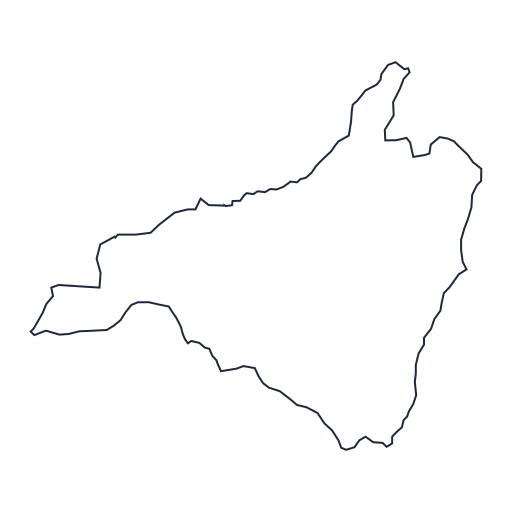 Anogyra, Limassol, Cyprus
{"feature_id": "46923920B16443175718696", "entity_name": "Anogyra", "entity_type": "district", "adm_level": 2, "iso_a3": "CYP", "parent_name": "Cyprus", "parent_adm1": "Limassol", "projection": "robinson", "projection_center": [32.732, 34.742], "detail": "fine", "context": "isolated", "style": "outline", "palette": "slate", "viewbox_px": 512, "rotation_deg": 0, "n_neighbors": 0, "source": "geoboundaries", "source_scale": "gbopen_adm2", "svg_char_len": 2175}
<svg xmlns="http://www.w3.org/2000/svg" viewBox="0 0 512 512"><path d="M30.7,331.6L34.3,335.1L45.9,330.7L59.5,334.6L68.6,334.0L79.3,331.3L90.9,330.8L106.7,330.0L113.2,326.1L120.5,320.2L125.3,312.6L131.4,304.9L137.8,302.3L148.6,302.2L159.7,304.7L168.8,306.5L172.1,311.7L176.1,317.5L180.8,326.6L182.8,334.0L185.0,339.3L187.9,343.3L191.2,341.0L199.4,342.9L204.8,347.6L209.2,348.7L212.5,356.0L216.4,360.3L217.7,364.0L221.0,371.2L222.7,370.9L236.3,368.7L243.5,366.1L254.8,368.1L258.3,375.7L263.1,383.2L269.0,387.7L279.8,391.2L290.7,399.6L296.9,404.9L306.6,407.3L317.5,413.0L324.5,423.5L332.1,430.4L338.5,440.4L341.2,447.7L346.1,449.8L349.7,448.7L354.5,447.2L359.3,440.3L365.6,436.7L373.2,442.2L382.6,442.9L386.6,446.8L392.1,443.5L392.2,436.6L396.6,432.0L401.9,427.3L403.6,420.1L404.2,419.5L407.1,416.6L408.8,411.6L413.3,403.9L416.2,395.2L414.8,382.0L415.8,373.6L415.8,364.9L418.6,353.5L424.0,344.6L424.0,337.8L431.1,328.7L434.4,319.0L440.4,310.7L441.7,302.7L443.9,293.0L449.5,287.3L458.8,274.3L466.5,269.4L465.6,267.6L462.7,261.8L461.1,250.0L461.1,239.6L464.4,228.3L467.9,219.2L471.4,207.5L472.2,194.7L477.0,185.1L481.1,181.0L481.3,168.8L473.0,162.2L467.5,154.5L458.6,146.1L454.1,141.4L447.9,138.6L439.7,137.1L430.8,144.5L429.4,153.5L424.6,155.1L413.3,156.9L411.8,150.2L410.2,142.6L406.5,137.9L396.4,140.2L385.3,140.4L384.8,129.8L393.7,115.3L393.1,102.2L399.9,88.8L403.6,79.0L409.6,72.3L408.1,68.3L404.4,69.2L395.5,62.2L388.1,64.9L381.4,74.0L380.5,79.7L376.8,84.5L365.4,90.5L362.2,94.7L357.2,100.8L352.7,104.7L351.8,111.1L351.0,122.0L348.8,135.6L338.4,141.4L334.5,146.4L331.3,151.2L325.5,156.6L320.2,161.7L315.8,166.4L311.6,172.7L305.8,177.8L300.5,179.1L297.1,182.3L290.4,181.6L288.3,183.3L283.2,186.9L276.4,189.5L270.4,189.0L265.1,192.1L257.6,191.3L253.4,194.1L246.7,193.2L244.2,195.2L240.2,200.8L232.6,201.0L232.0,205.3L225.7,206.0L224.3,205.2L224.3,205.6L208.7,205.1L200.6,198.6L195.4,209.4L187.9,209.4L174.6,212.6L159.0,224.8L150.5,232.8L135.8,234.6L130.6,234.6L117.9,234.6L115.2,237.6L114.5,236.7L100.3,244.4L96.6,258.7L100.6,273.0L99.5,287.6L58.5,285.0L51.3,287.6L53.0,296.1L46.4,303.9L42.6,313.0L33.7,328.5L30.7,331.6Z" fill="none" stroke="#1e293b" stroke-width="2"/></svg>